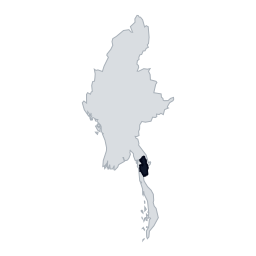 Kawkareik, Kayin, Myanmar shown in context
{"feature_id": "60261553B42100651402541", "entity_name": "Kawkareik", "entity_type": "district", "adm_level": 2, "iso_a3": "MMR", "parent_name": "Myanmar", "parent_adm1": "Kayin", "projection": "natural_earth1", "projection_center": [98.169, 16.039], "detail": "fine", "context": "in_parent", "style": "filled", "palette": "ink", "viewbox_px": 256, "rotation_deg": 0, "n_neighbors": 0, "source": "geoboundaries", "source_scale": "gbopen_adm2", "svg_char_len": 6528}
<svg xmlns="http://www.w3.org/2000/svg" viewBox="0 0 256 256"><path d="M163.3,114.6L160.9,113.3L159.2,114.5L156.5,114.1L156.8,116.6L155.3,117.5L152.6,117.2L151.0,121.2L145.4,122.2L141.8,121.5L139.7,125.0L139.6,129.0L138.6,131.4L139.0,135.5L136.6,136.6L135.2,136.4L136.0,138.3L137.8,139.1L138.9,143.4L138.6,145.1L146.1,155.0L148.4,162.8L150.2,161.7L150.7,162.5L150.0,164.6L147.7,166.2L147.3,174.4L143.6,176.4L143.7,179.2L144.1,181.1L147.5,186.6L151.2,190.3L153.3,194.3L153.7,200.2L153.2,202.6L154.2,206.1L156.1,208.4L158.3,217.7L153.9,225.8L149.4,231.2L148.9,236.9L147.4,238.7L146.7,237.0L146.4,231.0L148.6,227.3L149.3,220.0L150.6,218.4L149.9,217.7L148.2,218.2L148.8,212.3L147.8,212.1L148.6,210.9L147.5,201.0L144.1,194.1L143.7,191.2L143.1,195.2L142.7,194.4L142.6,189.0L140.7,183.1L140.9,182.5L141.8,183.1L140.9,181.7L140.3,182.0L139.7,180.6L138.6,168.3L137.3,166.6L137.8,161.3L138.8,159.9L135.2,160.5L133.5,156.0L133.4,153.6L129.8,149.9L130.4,151.0L129.8,152.3L130.4,154.3L128.9,158.2L127.5,160.0L125.5,160.7L124.0,159.6L123.6,157.5L123.0,157.5L124.4,161.4L118.6,164.7L117.7,167.1L114.8,170.1L113.9,169.7L114.3,165.6L112.6,168.9L110.2,169.0L109.7,164.6L108.7,167.1L107.3,167.9L107.7,160.6L107.3,162.7L105.0,165.6L102.8,166.6L103.3,160.5L106.4,151.0L106.6,147.8L105.0,140.2L102.4,133.8L103.2,133.7L101.4,131.8L101.2,127.1L100.1,128.8L100.0,131.7L97.7,130.2L95.5,126.1L96.4,125.7L98.9,127.7L100.3,126.6L100.7,125.2L96.8,121.2L97.8,119.5L96.5,119.5L93.1,117.6L92.2,118.0L92.6,119.7L91.9,120.2L90.6,117.5L91.6,116.2L90.7,116.2L91.3,113.9L91.0,113.5L89.4,116.6L88.5,115.9L89.5,114.3L89.1,113.4L87.7,111.6L87.8,114.9L84.3,109.8L82.3,102.8L83.9,101.0L86.6,103.1L86.5,94.5L87.6,92.7L90.4,94.2L91.2,92.0L92.3,91.5L91.7,85.5L92.6,81.7L94.5,81.1L94.9,78.0L95.2,73.9L94.3,69.2L96.0,70.4L97.9,69.9L102.4,71.5L104.1,66.1L108.4,57.3L106.8,55.3L107.1,54.0L110.8,49.4L112.8,45.3L112.0,41.6L112.8,38.6L116.1,36.6L123.5,30.5L128.9,29.7L131.1,32.1L132.6,32.3L130.4,26.6L135.0,22.3L134.9,18.9L137.0,15.4L138.2,15.5L139.3,17.2L140.5,17.2L142.6,19.8L144.6,27.0L146.2,25.7L148.2,26.7L149.1,37.3L148.5,43.5L147.3,44.9L148.3,47.4L146.3,48.3L145.0,50.8L143.1,51.0L141.7,54.4L139.8,54.9L138.8,57.5L139.0,59.5L137.4,60.6L136.9,64.1L138.3,65.4L138.7,67.3L137.2,71.1L138.5,71.3L143.8,68.7L147.5,69.2L150.1,68.6L148.5,71.2L150.1,74.6L150.4,79.8L156.0,81.3L156.9,82.6L155.7,84.3L153.8,92.7L161.1,93.9L161.4,97.2L162.9,98.4L163.2,100.2L164.2,100.7L168.1,100.6L170.5,98.4L173.5,97.4L173.7,99.3L173.0,100.7L169.7,102.6L167.5,106.4L167.3,107.3L168.4,108.0L164.6,109.6L163.3,114.6ZM97.8,123.8L100.2,125.4L99.7,126.5L98.2,126.6L97.1,124.6L97.8,123.8ZM144.8,206.9L146.3,209.3L144.8,211.0L144.8,206.9ZM97.5,134.4L96.3,133.4L95.4,132.1L98.1,132.2L97.5,134.4ZM147.0,217.4L147.1,220.6L146.1,220.3L145.5,217.6L147.0,217.4ZM106.3,166.6L104.7,168.6L104.5,166.9L106.7,164.3L106.3,166.6ZM137.2,163.7L136.3,163.1L136.2,161.2L136.9,160.7L137.5,161.6L137.2,163.7ZM143.9,221.3L143.7,220.3L144.7,217.7L144.5,220.0L143.9,221.3ZM143.3,227.4L144.6,229.8L144.4,230.2L143.2,228.3L142.4,228.5L143.3,227.4ZM147.9,215.6L146.5,216.3L146.4,214.0L147.9,215.6ZM144.6,238.5L142.8,240.6L143.0,239.5L144.6,238.5ZM90.2,117.9L90.8,120.5L89.7,117.4L90.2,117.9ZM144.9,201.8L144.8,203.8L144.3,200.6L144.9,201.8ZM95.6,119.7L95.8,121.4L94.8,119.0L95.6,119.7ZM143.0,213.2L142.0,212.3L142.3,211.5L142.9,211.7L143.0,213.2ZM142.3,210.4L141.6,211.7L141.0,210.9L141.5,210.3L142.3,210.4ZM142.4,218.3L142.5,219.4L141.7,216.7L142.4,218.3ZM108.7,169.0L108.0,168.9L109.0,167.6L109.1,168.1L108.7,169.0ZM147.2,227.6L146.5,227.4L147.0,226.1L147.2,227.6Z" fill="#d9dde1" stroke="#a8b0b8" stroke-width="1"/><path d="M140.0,160.2L140.1,160.3L140.1,160.5L140.1,160.8L140.1,161.0L140.4,161.1L140.5,161.1L140.6,161.3L140.7,161.6L141.0,161.7L141.3,161.6L141.5,161.6L141.4,161.7L141.5,161.8L141.4,161.9L141.5,162.0L141.5,162.5L141.7,162.8L141.8,162.8L142.1,163.0L142.2,163.3L142.4,163.4L142.4,163.5L142.4,163.8L142.5,163.9L142.6,164.0L142.8,164.3L142.9,164.6L142.9,164.9L142.8,165.0L142.6,165.0L142.4,165.1L142.4,165.3L142.2,165.3L142.1,165.2L142.1,165.3L142.0,165.2L141.9,165.1L141.7,165.0L141.5,164.9L141.4,164.9L141.3,165.0L141.3,164.9L141.1,164.9L141.1,165.0L140.8,165.1L140.7,165.2L140.4,165.1L140.2,165.1L139.9,165.2L139.7,165.3L139.8,165.6L139.9,165.8L140.0,165.8L140.1,166.1L140.2,166.3L140.2,166.5L140.0,166.8L139.9,167.1L140.0,167.4L140.1,167.6L139.9,167.8L139.9,168.1L140.0,168.2L140.0,168.3L139.9,168.4L140.0,168.5L140.1,168.8L140.2,169.1L140.2,169.3L140.3,169.4L140.3,169.6L140.4,169.9L140.4,170.0L140.3,170.3L140.2,170.3L140.3,170.5L140.2,170.7L140.3,170.7L140.3,170.8L140.5,170.7L140.6,170.8L140.7,171.0L140.8,171.2L141.0,171.1L141.1,171.4L141.1,171.5L141.3,171.7L141.6,172.1L141.7,172.4L141.8,172.5L142.0,172.7L142.1,172.8L142.1,173.0L142.2,173.3L142.3,173.3L142.3,173.5L142.5,173.8L142.6,174.1L142.8,174.1L142.8,174.4L143.0,174.7L143.0,174.8L143.3,175.0L143.5,175.1L143.5,175.3L143.6,175.5L143.7,176.0L143.8,176.0L144.0,176.2L144.3,176.0L144.4,175.9L144.5,175.7L144.7,175.4L144.7,175.2L144.9,175.2L145.0,175.3L145.3,175.4L145.5,175.4L145.5,175.6L145.7,175.8L145.8,175.7L145.8,175.4L145.8,175.2L145.7,175.1L145.8,175.0L145.9,174.9L145.8,174.6L146.0,174.5L146.3,174.4L146.5,174.2L146.8,174.2L146.9,174.3L147.1,174.4L147.2,174.5L147.2,174.8L147.3,174.8L147.6,174.3L147.6,173.2L147.5,172.6L147.3,171.6L147.4,171.2L147.3,170.7L147.2,170.6L147.4,169.6L147.7,168.8L147.9,168.3L147.7,168.3L147.7,168.2L147.7,167.9L147.6,167.7L147.7,167.4L147.8,167.2L147.7,166.7L147.4,166.4L147.3,166.2L147.2,166.1L147.2,165.9L147.3,165.8L147.2,165.7L147.2,165.4L147.3,165.4L147.2,165.1L147.2,164.7L146.9,164.5L146.8,164.2L146.7,164.1L146.4,164.1L146.4,163.9L146.3,163.7L146.2,163.5L146.3,163.4L146.3,163.2L146.2,163.0L146.2,162.9L146.1,162.7L146.1,162.4L146.1,162.2L146.0,161.7L146.2,161.4L146.2,161.2L146.0,160.8L146.0,160.7L146.0,160.4L146.1,160.2L145.9,160.1L145.8,159.9L145.7,159.7L145.4,159.6L145.3,159.4L145.3,159.2L145.1,159.1L144.9,158.9L144.9,158.6L144.8,158.4L144.7,158.3L144.7,158.1L144.6,157.9L144.4,157.6L144.4,157.4L144.5,157.3L144.5,157.2L144.5,156.9L144.4,156.8L144.3,156.6L144.2,156.6L143.8,156.4L143.7,156.4L143.7,156.6L143.4,156.8L143.1,156.9L142.9,156.8L142.7,156.9L142.5,157.1L142.4,157.1L142.2,157.3L142.2,157.5L142.1,157.8L142.0,158.0L141.9,158.0L141.7,158.3L141.6,158.5L141.5,158.9L141.6,159.0L141.7,159.4L141.7,159.5L141.3,159.8L141.2,159.6L140.9,159.5L140.8,159.3L140.7,159.2L140.2,159.6L140.0,159.8L139.9,159.9L139.9,160.0L140.0,160.1L140.0,160.2Z" fill="#0f172a" stroke="#020617" stroke-width="1.5"/></svg>